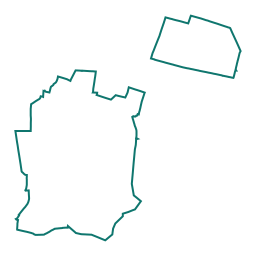 Tultitlán, México, Mexico
{"feature_id": "50627088B9112737651224", "entity_name": "Tultitlán", "entity_type": "district", "adm_level": 2, "iso_a3": "MEX", "parent_name": "Mexico", "parent_adm1": "México", "projection": "mercator", "projection_center": [-99.134, 19.631], "detail": "fine", "context": "isolated", "style": "outline", "palette": "teal", "viewbox_px": 256, "rotation_deg": 0, "n_neighbors": 0, "source": "geoboundaries", "source_scale": "gbopen_adm2", "svg_char_len": 5358}
<svg xmlns="http://www.w3.org/2000/svg" viewBox="0 0 256 256"><path d="M140.9,201.2L136.7,197.7L133.8,195.4L132.8,189.6L131.8,183.9L132.7,173.8L133.6,163.3L134.1,158.0L134.9,149.3L135.6,145.9L135.8,144.7L136.0,141.9L136.1,139.4L136.1,139.2L137.7,138.8L137.0,138.4L136.8,138.4L136.1,138.2L136.4,136.7L136.5,135.4L136.5,134.0L136.5,131.5L136.4,130.2L136.1,129.1L135.8,128.3L135.5,127.3L135.0,126.3L134.5,124.7L134.5,124.4L133.9,122.6L133.7,121.7L133.4,120.8L133.0,119.3L132.8,119.0L132.7,118.5L132.7,118.4L132.3,117.0L132.6,116.9L132.8,116.8L133.2,116.2L133.4,116.2L133.9,116.5L134.2,116.5L134.6,116.4L134.8,116.5L135.1,116.6L135.4,116.5L135.6,116.4L135.8,116.3L136.0,115.9L136.2,115.7L136.4,115.7L137.3,115.5L137.4,115.2L137.4,114.8L137.6,114.5L137.7,114.1L138.8,114.4L139.0,113.2L139.1,112.6L139.3,111.7L139.5,111.2L139.7,110.5L139.9,109.6L140.0,109.1L140.2,108.5L140.6,106.6L140.7,106.1L141.2,103.9L141.5,102.6L141.6,102.2L141.7,101.7L143.6,95.9L144.4,93.4L144.7,92.6L140.1,91.0L137.0,90.0L135.3,89.5L128.8,87.3L127.6,92.4L127.5,92.7L125.3,97.5L123.1,97.0L122.6,96.9L118.4,95.9L115.7,95.2L114.2,96.6L112.5,98.2L111.4,99.2L111.0,99.6L110.9,99.6L106.4,98.2L102.1,96.8L96.7,95.0L96.8,94.8L97.2,92.8L97.2,92.7L92.9,92.5L93.0,92.3L93.3,88.6L93.9,84.9L94.5,81.0L94.5,80.9L95.0,77.4L95.1,77.1L95.6,73.4L95.8,71.5L94.2,71.4L93.2,71.3L90.1,71.2L84.2,70.8L82.2,70.7L82.2,70.9L81.8,70.9L81.8,70.7L80.7,70.7L80.0,70.6L75.6,70.4L73.5,74.5L70.9,79.5L70.4,80.9L69.3,80.4L67.1,79.3L66.9,79.2L62.4,77.8L58.0,76.5L57.5,78.9L56.7,81.0L56.2,81.9L56.1,82.1L55.7,82.6L55.0,83.1L53.6,84.1L53.5,84.4L53.4,84.8L53.1,85.2L52.7,85.5L52.2,85.9L51.4,86.4L50.9,86.9L50.4,88.6L49.9,90.8L49.8,91.1L49.4,92.5L45.7,91.7L45.4,91.5L44.7,90.6L44.4,90.7L43.9,91.2L43.5,91.0L43.1,96.9L42.1,96.5L41.2,96.4L40.7,96.3L40.5,97.0L40.2,97.9L40.0,98.3L39.9,98.4L39.8,98.5L39.5,98.9L38.3,99.6L38.1,99.7L37.3,100.2L35.8,101.1L34.2,102.2L32.6,103.3L31.4,104.0L31.1,104.2L31.1,104.6L30.8,107.9L30.7,108.9L30.7,109.1L30.7,113.7L30.7,115.1L30.7,115.3L30.9,118.5L30.9,118.9L30.9,119.9L30.8,123.0L30.8,126.8L30.7,131.0L30.0,131.0L15.4,131.0L16.6,139.1L17.0,141.8L17.7,145.9L18.3,150.1L19.2,155.5L20.6,164.4L20.8,165.8L21.0,167.2L21.3,169.2L21.5,170.7L21.6,171.3L21.8,171.7L22.1,172.1L22.5,172.4L22.9,172.7L23.7,173.6L24.4,174.2L25.0,174.7L25.6,174.9L26.3,175.0L26.8,175.0L26.8,176.7L26.7,178.4L26.8,179.2L26.8,179.6L26.8,180.2L26.8,181.4L26.8,183.3L26.8,184.6L26.7,185.6L26.5,186.7L26.4,187.3L26.2,188.4L25.9,189.3L25.5,190.1L24.8,190.8L25.8,190.5L26.7,190.5L27.5,190.5L28.3,190.4L28.7,190.4L28.8,193.2L29.0,196.7L29.1,198.3L29.0,199.3L28.9,199.8L28.7,200.6L28.2,202.3L27.4,204.0L25.4,206.7L25.2,207.0L23.9,208.4L20.2,213.0L18.8,214.8L19.2,215.1L19.1,215.4L18.5,216.3L17.1,218.4L15.9,219.0L16.5,219.7L16.9,219.7L18.0,220.0L17.4,223.7L17.4,225.2L17.1,229.3L17.2,229.7L17.7,229.8L19.5,230.2L22.1,230.8L24.8,231.4L26.7,231.8L29.1,232.4L30.6,232.8L31.1,232.9L32.2,233.3L33.4,233.7L34.2,234.4L34.8,234.6L35.5,234.9L36.0,234.9L42.7,234.7L44.5,234.7L44.2,234.6L44.7,234.2L45.0,234.0L45.3,233.9L45.7,233.7L46.1,233.5L46.5,233.4L46.8,233.2L47.0,233.1L47.3,232.9L47.7,232.7L47.9,232.6L48.0,232.5L48.2,232.4L48.4,232.3L48.7,232.2L48.9,232.1L49.0,232.0L49.1,231.9L49.5,231.7L50.0,231.4L50.3,231.2L50.7,230.9L51.5,230.4L51.8,230.3L52.1,230.1L52.6,229.9L53.1,229.7L53.4,229.5L53.9,229.2L54.4,229.0L54.6,228.8L55.4,228.7L56.1,228.6L57.4,228.5L59.3,228.3L60.5,228.2L60.9,228.1L61.7,228.1L62.4,228.0L62.5,227.9L63.1,227.8L63.9,227.8L64.7,227.7L65.8,227.7L66.7,227.7L67.7,227.7L67.7,227.1L67.9,226.0L68.1,226.2L74.7,231.9L75.9,233.0L81.2,234.2L91.5,234.7L97.7,237.2L105.2,240.3L105.3,240.3L110.8,235.7L112.3,234.5L113.1,228.6L115.3,223.5L120.8,218.2L122.8,216.3L122.8,213.7L128.3,212.0L132.5,210.3L135.0,209.4L140.9,201.2ZM233.4,77.9L233.5,77.8L234.2,75.1L234.7,73.0L235.0,71.7L235.1,71.3L235.3,70.8L236.0,70.6L236.3,70.6L235.6,69.4L235.8,69.0L235.8,68.7L236.2,66.9L236.5,65.7L236.6,65.4L236.7,64.9L236.9,63.9L237.0,63.4L237.4,62.0L237.6,61.0L237.8,60.3L237.9,60.1L238.2,58.8L238.3,58.5L239.1,55.2L239.3,54.3L239.5,53.5L239.7,52.8L240.6,51.1L238.3,45.9L236.5,41.9L235.8,40.4L234.7,38.0L232.1,32.4L230.2,28.1L229.4,27.7L228.2,27.4L227.6,27.2L227.1,27.0L226.8,26.9L224.9,26.3L221.6,25.2L217.2,23.7L214.0,22.7L209.6,21.3L207.8,20.6L207.0,20.4L206.1,20.2L205.5,20.0L203.8,19.4L203.4,19.3L203.2,19.2L201.3,18.6L200.8,18.4L200.3,18.3L199.9,18.2L198.1,17.7L196.3,17.2L190.9,15.7L190.6,16.4L189.6,19.4L188.2,23.4L183.7,22.2L183.1,22.0L180.6,21.3L178.6,20.8L176.9,20.4L176.4,20.3L176.0,20.2L173.0,19.4L172.2,19.1L170.0,18.6L168.6,18.2L165.5,17.4L164.4,21.0L164.1,21.8L163.9,22.6L163.5,23.7L163.4,24.0L161.5,29.5L159.7,35.1L159.6,35.6L158.0,39.5L155.3,46.3L153.6,50.7L152.6,53.0L151.0,58.5L153.3,59.1L154.4,59.4L154.5,59.6L156.2,60.1L164.0,62.2L165.3,62.6L172.1,64.4L173.0,64.6L174.2,65.0L178.4,66.1L179.1,66.3L179.8,66.5L182.8,67.3L186.0,68.0L187.4,68.3L188.3,68.4L190.2,68.8L190.5,68.9L192.1,69.2L192.7,69.3L194.9,69.8L195.9,70.0L197.8,70.4L198.5,70.5L199.0,70.7L201.4,71.2L206.1,72.1L208.8,72.7L209.5,72.8L211.5,73.2L212.0,73.3L213.2,73.6L213.6,73.7L215.9,74.1L218.2,74.6L220.5,75.1L221.6,75.3L222.1,75.5L222.4,75.6L222.8,75.7L222.8,75.8L223.7,75.9L223.9,75.9L224.7,76.1L226.9,76.5L227.1,76.6L227.9,76.7L228.0,76.8L228.9,77.0L229.0,77.0L229.5,77.1L230.2,77.2L231.4,77.5L233.4,77.9Z" fill="none" stroke="#0f766e" stroke-width="2"/></svg>